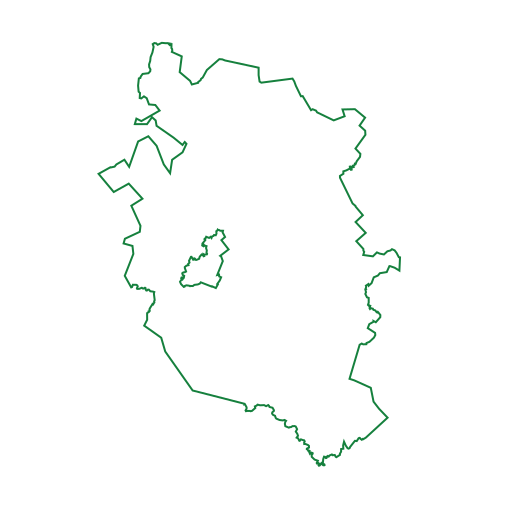 the district of Apes pag., Apes, Latvia, rotated 288°
{"feature_id": "27541924B88937634750122", "entity_name": "Apes pag.", "entity_type": "district", "adm_level": 2, "iso_a3": "LVA", "parent_name": "Latvia", "parent_adm1": "Apes", "projection": "mercator", "projection_center": [26.708, 57.522], "detail": "fine", "context": "isolated", "style": "outline", "palette": "green", "viewbox_px": 512, "rotation_deg": 288, "n_neighbors": 0, "source": "geoboundaries", "source_scale": "gbopen_adm2", "svg_char_len": 6070}
<svg xmlns="http://www.w3.org/2000/svg" viewBox="0 0 512 512"><g transform="rotate(288 256 256)"><path d="M425.6,92.3L423.3,94.0L417.6,94.6L412.6,94.3L408.8,95.1L405.2,95.1L402.6,96.1L400.9,97.9L399.0,98.3L396.6,97.2L394.1,91.9L391.0,90.9L389.6,91.0L388.7,89.7L381.6,91.2L376.0,93.6L375.2,95.3L370.3,96.6L370.4,98.2L373.2,100.1L372.3,103.3L367.1,107.4L368.5,113.6L364.5,119.4L348.9,105.3L349.7,99.8L344.0,100.0L347.7,111.6L355.9,114.2L353.9,118.7L349.1,121.2L343.1,141.0L338.9,151.8L342.4,153.0L341.2,155.2L331.9,154.1L321.6,146.5L308.2,148.7L314.6,140.0L330.1,127.4L336.6,116.6L328.5,108.5L301.6,107.8L306.9,101.1L299.9,94.9L297.3,93.9L295.3,90.5L295.4,90.1L285.5,80.9L272.9,100.9L285.5,112.6L275.4,130.3L265.3,121.9L249.0,136.8L243.1,138.0L231.9,126.0L227.0,126.2L227.4,135.4L220.1,138.7L196.6,137.3L187.6,147.0L188.2,147.7L190.6,147.8L191.6,151.0L191.4,152.1L190.6,152.9L188.5,152.7L188.0,153.2L188.7,155.1L190.5,157.2L190.1,158.6L190.3,159.1L191.5,160.2L191.3,160.9L190.0,161.4L189.3,162.3L189.4,162.9L190.7,163.7L190.9,164.5L189.8,166.4L190.3,169.0L190.3,170.4L188.7,170.5L182.7,173.3L181.4,173.1L180.4,173.7L179.3,173.3L178.9,172.7L178.1,173.2L177.8,173.0L177.8,172.3L174.2,171.4L172.5,171.1L171.0,171.9L170.2,171.0L169.7,171.4L168.0,170.1L161.7,172.2L155.2,171.2L149.0,191.1L137.1,199.2L108.5,237.3L111.9,290.7L111.3,290.8L111.5,291.1L111.3,291.6L109.2,293.8L107.9,294.2L105.9,293.8L105.3,294.4L105.9,295.4L106.8,298.2L106.7,298.8L107.4,300.0L111.2,302.3L112.6,301.4L113.9,302.8L115.1,303.4L115.3,306.1L116.7,309.8L116.3,312.0L118.0,313.7L117.5,314.7L116.6,315.5L116.8,318.6L115.1,320.5L114.3,320.9L112.3,319.8L111.1,320.0L110.2,321.2L109.9,323.5L108.1,324.8L107.6,325.6L107.3,329.1L107.9,332.3L108.9,333.8L108.5,335.5L107.5,335.1L105.3,335.3L103.2,336.5L102.9,340.3L103.7,341.1L104.1,342.2L105.5,343.3L106.2,345.4L106.1,346.5L104.0,348.6L101.3,348.1L99.7,350.2L98.0,351.5L95.8,350.8L95.6,352.4L93.7,354.2L93.7,354.7L95.5,355.4L95.4,357.3L95.6,358.7L94.8,359.6L93.6,359.4L92.1,360.0L92.5,361.0L92.3,363.8L91.8,365.0L90.2,365.6L88.5,363.9L88.0,364.0L87.7,365.1L86.9,365.9L87.3,366.8L87.2,367.2L86.1,367.1L84.6,368.4L86.1,369.1L86.1,370.7L85.5,371.0L83.9,370.4L82.2,371.1L80.5,374.6L80.4,378.1L77.9,377.7L77.5,378.2L78.4,379.2L78.1,380.1L76.4,380.1L76.0,380.7L76.6,381.4L79.2,382.2L78.1,383.7L77.8,384.5L77.9,385.4L78.4,385.8L79.0,385.3L78.9,384.4L79.2,383.7L83.6,382.7L86.2,382.7L86.3,383.6L85.4,384.9L85.6,385.3L86.1,385.6L86.7,385.1L88.0,386.0L87.7,387.1L89.0,387.6L90.7,389.5L90.2,390.4L91.1,392.4L89.7,393.8L89.5,394.6L92.8,397.3L93.9,396.9L96.2,397.4L98.7,396.6L99.7,398.6L102.8,397.4L106.6,397.1L103.5,399.9L101.5,402.5L101.4,403.6L102.2,404.4L103.5,404.5L110.8,407.2L111.1,409.0L114.4,409.9L115.0,410.5L115.0,411.1L114.5,411.6L113.9,413.4L114.9,413.9L115.1,414.1L114.9,414.6L117.2,416.6L142.9,431.1L148.7,420.3L153.8,412.8L166.1,405.9L168.1,387.8L168.1,382.9L203.6,382.0L205.4,383.6L205.1,385.2L206.2,388.2L207.4,388.0L209.4,390.4L214.8,393.4L217.7,393.9L219.7,393.0L221.9,384.6L226.2,384.8L229.9,388.2L230.5,387.9L230.0,390.4L236.2,393.1L238.3,392.5L240.3,389.5L240.5,389.1L239.7,388.8L239.8,388.1L241.1,386.3L241.1,384.3L242.0,383.4L241.8,381.3L240.8,380.8L241.3,380.2L242.1,380.0L242.4,380.6L243.5,379.7L243.9,379.9L244.1,378.9L243.6,378.6L244.1,377.6L246.5,377.6L251.0,376.1L251.0,374.3L253.7,371.7L255.6,371.8L258.0,370.3L258.5,370.9L259.0,370.4L260.9,370.3L261.7,369.7L264.0,371.5L262.6,372.4L265.9,374.3L272.1,374.6L275.1,378.0L277.9,379.1L281.1,385.3L287.6,386.0L287.8,386.5L287.7,391.5L286.4,396.9L299.2,393.4L299.0,392.2L302.4,388.7L304.2,386.1L304.5,383.2L302.8,382.2L301.1,379.5L297.0,377.2L296.5,372.8L296.8,369.9L291.8,367.3L290.1,357.7L293.4,357.6L294.3,356.5L295.9,355.9L301.1,346.8L311.9,353.2L319.1,340.2L327.8,345.0L333.8,335.4L334.4,335.1L335.8,331.6L356.4,311.7L358.1,311.1L361.2,313.7L363.5,312.9L365.2,315.3L368.3,318.4L367.3,319.7L367.7,320.3L368.8,319.9L369.5,317.8L370.0,317.6L370.3,318.1L370.4,320.7L370.7,321.3L371.9,320.4L372.6,321.6L374.3,321.5L374.3,322.3L377.2,322.5L382.4,324.3L385.4,323.7L388.9,317.4L405.1,322.6L408.9,321.1L412.0,314.2L421.3,317.0L426.2,304.7L422.1,293.0L416.3,297.1L409.0,288.0L411.5,269.7L412.8,268.2L413.1,264.5L411.7,263.3L422.5,251.0L421.8,249.4L430.1,241.4L433.9,238.4L436.0,235.9L422.5,207.5L423.0,205.5L428.8,202.6L435.9,200.3L432.4,166.1L432.6,163.2L431.9,160.3L417.7,151.8L409.3,150.2L407.5,149.0L406.2,149.0L403.4,147.2L402.8,147.4L399.3,142.0L402.2,139.2L407.3,126.6L422.9,123.7L424.1,112.9L425.5,112.9L427.0,112.2L427.6,111.3L430.9,110.3L429.9,109.0L430.9,107.0L431.3,107.5L431.1,106.0L430.5,104.5L429.9,101.8L429.6,100.5L426.5,97.2L427.4,95.4L427.4,94.9L427.0,94.2L427.1,93.5L425.6,92.3ZM268.2,216.9L264.5,220.7L260.4,218.2L253.8,227.9L245.1,221.9L244.8,223.0L240.9,226.0L225.9,225.0L226.9,226.6L225.2,227.3L225.0,229.4L221.5,229.1L217.4,227.8L217.2,228.5L213.1,227.7L213.6,223.6L213.2,223.5L213.9,211.6L212.4,211.1L211.0,209.5L209.5,206.3L207.9,205.2L207.3,203.0L206.9,202.6L207.1,201.5L206.6,198.9L205.6,197.6L204.9,197.6L204.3,196.9L206.1,193.4L208.0,191.7L210.4,192.4L210.6,193.2L211.1,193.4L211.7,193.0L211.8,191.8L212.5,191.8L212.9,192.4L212.3,193.7L212.9,194.1L215.0,193.8L215.3,192.2L216.8,191.2L217.9,191.9L218.6,193.3L219.6,194.3L222.6,192.0L223.5,191.7L225.4,192.9L226.4,194.6L227.4,193.9L229.2,194.8L230.7,193.8L235.1,194.4L235.3,194.9L233.0,197.4L233.3,197.9L234.3,197.6L234.7,197.9L234.6,198.8L233.7,199.7L233.9,200.6L235.8,202.8L237.1,202.7L237.2,203.3L237.4,202.7L238.2,202.8L240.6,203.8L240.0,206.0L239.6,206.3L239.8,206.6L240.9,205.3L241.6,205.2L241.4,206.1L241.6,207.2L242.4,208.8L243.0,208.8L243.8,207.9L246.1,207.5L248.2,206.0L250.1,205.9L250.1,204.0L249.0,203.2L249.4,201.6L250.0,201.5L250.1,202.2L250.8,202.6L251.1,202.2L250.9,201.3L251.3,201.2L255.5,202.9L256.0,202.6L256.0,201.9L256.6,201.8L257.4,202.6L258.9,202.7L258.7,205.8L260.2,206.9L259.4,208.1L261.0,208.2L262.0,209.4L263.0,209.6L263.3,211.3L265.0,211.5L267.3,210.6L268.1,211.3L269.2,211.4L269.0,211.8L269.3,212.6L269.0,214.2L269.8,216.8L268.2,216.9Z" fill="none" stroke="#15803d" stroke-width="2"/></g></svg>